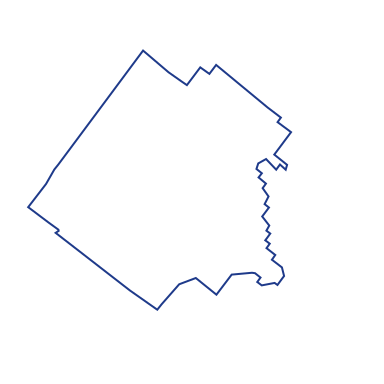 outline of Tuscaloosa, Alabama, United States of America, rotated 37°
{"feature_id": "52423323B92011906728955", "entity_name": "Tuscaloosa", "entity_type": "district", "adm_level": 2, "iso_a3": "USA", "parent_name": "United States of America", "parent_adm1": "Alabama", "projection": "robinson", "projection_center": [-87.372, 33.307], "detail": "fine", "context": "isolated", "style": "outline", "palette": "blue", "viewbox_px": 384, "rotation_deg": 37, "n_neighbors": 0, "source": "geoboundaries", "source_scale": "gbopen_adm2", "svg_char_len": 906}
<svg xmlns="http://www.w3.org/2000/svg" viewBox="0 0 384 384"><g transform="rotate(37 192 192)"><path d="M67.8,108.5L68.4,200.5L68.7,250.5L68.5,256.9L70.6,273.4L70.3,302.7L95.9,302.7L108.0,302.5L108.9,303.3L107.7,306.7L201.9,308.0L235.1,306.9L235.3,299.9L237.3,273.4L246.8,258.4L273.3,259.3L273.4,234.1L288.5,220.4L291.2,218.9L298.2,219.1L298.3,224.6L303.9,224.6L312.7,214.9L316.2,214.8L316.1,206.9L316.1,203.7L309.2,198.1L296.6,198.0L296.4,192.2L285.3,192.0L285.2,186.5L279.6,186.5L279.6,183.8L279.5,178.1L274.7,178.1L273.9,172.3L262.8,169.3L262.8,158.1L257.3,158.0L255.8,149.5L246.1,146.4L246.0,140.8L236.4,140.3L236.5,135.0L229.6,134.8L227.7,129.3L231.3,121.1L245.8,123.5L245.7,117.1L253.4,117.8L251.6,113.1L235.2,112.6L235.1,84.6L218.3,84.7L218.2,79.1L201.4,79.0L134.8,76.0L134.8,87.2L123.6,87.5L123.6,109.7L116.9,110.0L101.2,110.5L67.8,108.5Z" fill="none" stroke="#1e3a8a" stroke-width="2"/></g></svg>